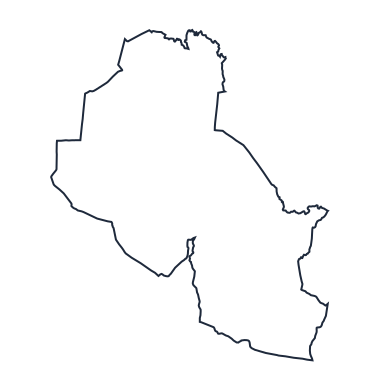 Ham Thuan Bac, Bình Thuận, Vietnam (Equal Earth projection), rotated 183°
{"feature_id": "81297802B59459676884366", "entity_name": "Ham Thuan Bac", "entity_type": "district", "adm_level": 2, "iso_a3": "VNM", "parent_name": "Vietnam", "parent_adm1": "Bình Thuận", "projection": "equal_earth", "projection_center": [107.987, 11.155], "detail": "fine", "context": "isolated", "style": "outline", "palette": "slate", "viewbox_px": 384, "rotation_deg": 183, "n_neighbors": 0, "source": "geoboundaries", "source_scale": "gbopen_adm2", "svg_char_len": 5924}
<svg xmlns="http://www.w3.org/2000/svg" viewBox="0 0 384 384"><g transform="rotate(183 192 192)"><path d="M221.1,106.4L219.3,108.1L218.1,108.6L217.2,108.2L215.7,107.1L213.4,106.6L211.7,106.5L210.9,106.8L209.9,108.2L208.9,109.2L204.9,115.5L198.7,121.9L196.4,123.6L195.1,125.0L194.2,125.4L193.3,127.6L192.9,129.8L192.9,133.1L192.6,135.4L192.8,136.3L193.6,136.9L193.8,137.9L193.9,141.3L193.6,143.6L193.3,144.1L193.0,144.2L190.4,144.2L188.1,146.1L186.7,146.7L187.4,144.9L188.5,143.3L188.6,141.9L188.4,140.6L187.4,138.8L187.3,138.2L188.0,136.6L188.4,133.6L188.3,132.9L187.6,132.0L187.5,131.4L187.7,130.9L188.5,130.5L189.8,128.6L191.0,127.8L191.1,127.0L190.5,125.3L191.0,123.7L190.2,122.5L189.4,122.1L189.0,120.4L188.1,118.6L187.8,116.9L187.3,115.7L185.0,113.0L185.3,107.6L186.4,101.9L186.4,100.5L185.6,98.9L182.9,96.5L182.6,96.1L181.7,92.0L180.6,89.9L179.7,86.5L178.7,83.5L178.6,82.6L179.2,80.1L179.3,78.8L178.7,77.2L177.4,75.3L177.2,74.8L177.1,73.3L177.1,69.4L177.6,66.6L177.4,62.7L175.9,62.4L163.6,58.2L163.1,57.9L162.5,57.0L161.9,55.3L161.2,54.3L159.9,53.9L159.3,53.3L158.6,52.0L157.7,51.8L155.2,52.4L154.3,52.3L150.7,50.5L148.2,49.8L144.7,47.6L142.6,45.8L139.6,44.1L137.8,44.1L136.8,45.0L135.4,45.7L135.0,46.3L131.8,46.9L129.6,46.9L128.2,46.7L127.5,46.3L127.1,45.9L126.6,44.7L125.8,40.6L124.3,39.2L120.9,37.7L109.9,35.1L98.6,33.6L96.9,33.2L90.2,32.8L81.7,31.8L72.8,31.3L68.3,30.6L62.9,30.2L63.4,31.9L64.8,34.7L65.5,36.5L66.0,39.8L66.0,44.2L65.7,44.9L64.9,46.0L64.6,47.7L64.0,49.3L61.7,52.5L61.4,54.8L60.3,58.2L60.2,59.6L60.4,61.8L60.4,62.8L60.0,63.2L57.5,63.6L56.8,63.9L56.1,64.5L55.5,65.7L54.9,68.4L53.7,70.2L53.4,71.3L51.8,75.3L50.6,87.4L52.3,85.8L52.8,85.6L55.3,87.3L57.3,87.9L58.1,88.3L60.0,90.5L62.1,93.5L62.8,94.1L64.1,94.6L67.9,95.2L69.4,96.3L72.3,97.5L73.5,98.8L77.0,99.8L77.8,100.3L77.0,104.8L76.9,105.9L77.9,108.8L79.5,114.5L81.8,124.9L82.4,128.5L82.1,129.0L81.8,130.3L81.4,130.8L80.4,131.1L79.6,132.6L79.2,132.5L78.6,131.8L78.4,131.8L77.5,134.2L76.9,135.2L75.4,134.9L74.9,135.0L74.1,136.2L73.2,136.5L72.7,137.4L71.7,138.3L71.6,138.9L71.8,140.6L71.1,143.2L70.5,144.5L70.2,147.9L69.9,151.7L69.9,161.1L69.7,162.6L69.5,162.9L68.4,162.7L67.3,163.3L66.8,164.1L66.5,166.4L65.4,169.2L63.7,170.4L62.1,170.8L61.6,171.4L60.8,173.0L59.6,173.5L58.5,174.5L57.2,176.4L55.7,179.9L55.3,180.3L56.1,180.6L59.3,182.4L61.3,182.9L62.5,184.1L63.0,183.9L64.0,182.1L64.9,182.1L65.6,182.8L65.9,185.0L66.7,185.3L68.8,184.1L70.8,184.1L72.3,183.7L74.1,183.8L74.8,183.4L75.6,182.2L75.6,181.5L75.2,180.8L74.1,180.0L73.9,179.4L74.0,178.7L74.8,177.6L76.2,176.8L77.3,175.8L77.7,175.9L78.7,178.2L79.1,178.6L79.8,178.5L82.7,176.5L84.5,176.1L85.9,176.8L87.2,177.1L88.7,178.7L89.2,178.6L90.4,177.5L92.0,177.5L92.8,176.6L93.6,176.3L95.6,176.5L96.4,177.1L97.5,178.4L99.9,178.4L100.3,178.9L100.4,179.3L99.5,181.6L99.5,182.5L100.5,185.7L100.6,186.7L100.9,187.0L101.6,186.6L101.8,186.8L101.8,187.7L102.2,188.4L104.3,189.6L104.4,190.1L104.2,191.0L104.3,191.4L105.2,191.6L105.6,191.9L106.8,194.2L107.5,196.8L107.8,200.2L109.5,201.5L110.8,202.9L112.4,203.4L113.2,204.1L121.9,215.7L128.2,223.7L132.9,229.3L136.9,234.5L143.1,241.5L150.7,245.8L154.6,248.5L160.9,252.1L164.5,254.7L172.1,254.9L172.5,255.0L172.6,258.1L172.5,262.6L171.4,280.9L171.0,292.5L164.4,294.1L165.2,294.6L165.8,295.8L166.3,298.8L167.2,301.2L167.1,302.6L166.6,303.5L165.8,304.0L165.6,304.4L165.5,305.7L165.7,306.4L166.8,308.6L167.0,309.7L167.6,311.3L167.7,314.5L168.2,315.6L168.5,316.9L168.5,320.6L169.0,322.2L166.0,325.9L165.3,327.1L165.5,327.3L165.7,328.5L166.6,328.1L167.3,328.2L169.4,330.4L169.6,331.4L170.2,331.3L170.8,330.6L170.8,330.0L171.1,328.6L171.8,329.5L172.8,329.5L173.1,329.8L174.3,332.9L173.2,333.6L173.1,334.9L172.2,336.9L173.2,338.0L173.3,338.7L172.7,339.6L172.7,339.9L173.0,340.5L173.5,341.1L174.7,341.8L175.9,343.2L176.9,344.1L177.3,344.0L177.7,343.5L178.3,342.1L178.6,342.1L179.0,342.3L180.2,343.4L181.0,345.0L181.4,345.4L182.6,345.7L185.4,347.0L185.8,347.5L186.6,349.3L189.0,349.2L189.9,349.6L190.3,350.3L190.8,352.1L191.3,352.9L191.5,353.0L192.4,351.9L193.5,351.3L194.3,349.2L194.7,348.8L194.9,348.7L195.2,349.0L195.6,351.3L196.0,351.9L196.5,351.6L196.9,351.0L197.0,348.8L197.6,348.8L197.9,349.5L197.8,351.1L197.9,351.6L198.3,351.9L199.4,352.2L199.7,353.1L200.2,353.8L200.7,353.5L201.6,352.2L202.3,352.3L202.8,353.4L203.8,353.2L204.3,352.6L205.1,350.6L205.7,348.3L205.5,343.7L206.7,343.3L207.1,341.9L206.9,341.5L205.6,341.0L205.1,340.5L204.3,337.3L203.2,335.4L203.0,334.7L205.2,335.2L206.4,335.1L207.0,335.4L207.4,336.5L208.2,337.6L208.8,338.1L210.0,338.5L210.2,340.1L210.9,341.2L210.9,342.2L211.2,342.8L212.4,343.7L212.9,343.8L213.0,343.2L213.4,343.1L214.6,344.2L215.1,344.2L215.4,343.0L216.0,342.8L216.6,341.5L217.1,341.3L217.5,341.5L217.8,341.9L218.2,343.3L218.6,344.0L221.1,344.2L221.6,344.0L222.5,343.9L222.9,343.2L223.1,343.2L224.1,344.2L227.3,344.4L227.6,344.7L227.6,345.2L226.7,347.6L229.8,349.1L230.4,349.8L230.9,350.1L235.6,350.1L238.9,350.7L240.1,350.4L240.6,349.4L243.1,351.3L250.7,347.1L263.8,339.1L264.9,339.3L267.0,341.2L271.5,319.1L272.4,315.2L268.3,310.5L268.1,310.0L268.3,309.7L270.3,309.1L272.2,308.2L277.1,303.1L281.7,297.7L283.2,296.4L293.5,289.0L295.4,287.8L296.8,287.3L299.3,287.5L301.7,285.8L303.7,284.8L303.9,284.6L304.8,264.9L305.0,259.2L305.4,253.9L306.2,237.9L314.4,237.4L317.7,237.0L320.6,237.1L325.0,236.4L329.5,236.1L329.6,233.5L329.3,225.1L329.0,222.4L328.5,207.7L328.7,207.0L329.4,205.9L331.6,202.9L333.2,200.4L333.4,199.8L333.4,199.4L330.6,192.5L330.3,192.0L329.1,190.9L324.5,187.6L320.0,183.9L311.9,174.3L311.6,173.5L311.7,172.3L311.6,171.5L309.6,169.9L308.6,169.4L307.0,168.9L305.1,167.6L301.2,166.9L299.3,166.3L285.3,160.5L274.6,158.3L270.9,157.9L270.3,157.0L270.0,156.2L270.0,154.9L269.5,154.0L269.4,153.2L268.7,152.3L268.4,151.8L265.5,140.6L265.2,140.1L262.1,136.0L259.2,132.7L257.7,130.8L256.2,128.6L255.0,127.2L248.8,123.2L239.5,118.2L228.6,111.4L224.7,109.4L221.1,106.4Z" fill="none" stroke="#1e293b" stroke-width="2"/></g></svg>